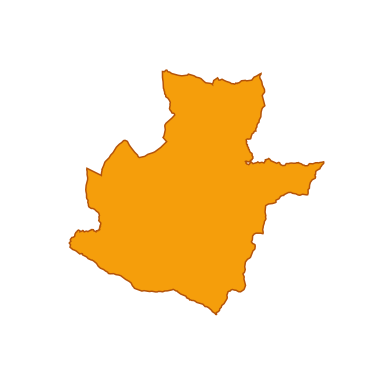 Labranza Grande, Boyacá, Colombia, rotated 69°
{"feature_id": "7082276B6465404619249", "entity_name": "Labranza Grande", "entity_type": "district", "adm_level": 2, "iso_a3": "COL", "parent_name": "Colombia", "parent_adm1": "Boyacá", "projection": "mercator", "projection_center": [-72.59, 5.546], "detail": "fine", "context": "isolated", "style": "filled", "palette": "amber", "viewbox_px": 384, "rotation_deg": 69, "n_neighbors": 0, "source": "geoboundaries", "source_scale": "gbopen_adm2", "svg_char_len": 6046}
<svg xmlns="http://www.w3.org/2000/svg" viewBox="0 0 384 384"><g transform="rotate(69 192 192)"><path d="M256.3,140.6L255.1,140.0L252.4,139.5L250.6,138.3L249.2,137.6L247.2,135.9L245.4,134.9L244.1,133.1L243.5,132.6L241.5,132.3L240.7,131.6L236.9,131.0L231.1,128.1L230.6,124.8L231.6,121.0L231.8,118.2L231.6,117.2L229.9,116.7L229.7,116.3L229.5,113.3L227.8,110.9L227.6,109.1L228.1,107.6L227.5,106.9L227.0,102.3L227.8,99.8L229.3,98.5L231.0,95.6L232.6,94.2L233.3,93.2L233.7,92.3L233.7,89.6L235.7,86.1L236.0,85.0L234.7,84.0L231.4,82.8L230.6,81.1L227.6,79.7L225.4,78.0L223.7,75.4L223.3,72.1L222.2,71.2L221.6,71.4L220.0,71.0L219.8,70.3L217.1,69.1L216.5,67.3L216.1,64.2L215.0,63.3L214.3,62.0L213.4,60.9L212.6,59.0L212.0,58.5L211.0,58.3L210.8,59.9L210.3,62.0L210.2,63.5L209.6,64.4L209.0,66.2L209.0,69.1L207.7,71.9L207.8,72.7L208.7,74.1L208.8,74.9L208.0,77.1L207.0,77.8L206.6,78.7L204.7,80.0L203.8,81.3L202.7,82.1L202.9,82.7L202.5,83.0L202.2,84.1L202.3,84.8L201.7,86.6L200.6,88.8L200.2,90.2L200.2,91.3L199.2,93.8L200.5,95.7L199.8,98.0L198.0,99.6L196.3,99.7L195.6,100.2L195.4,100.8L195.6,102.6L191.9,106.3L191.4,107.0L189.7,107.5L188.2,108.3L188.5,109.3L188.2,112.0L188.5,112.2L189.3,112.1L189.6,113.1L190.5,113.9L190.7,114.4L189.3,116.1L189.0,118.6L187.5,119.8L187.8,120.8L187.4,124.9L185.2,126.0L185.3,126.6L186.7,128.8L186.8,129.3L186.2,129.8L185.7,130.6L184.6,131.2L183.0,130.8L182.6,131.0L182.6,130.4L182.9,129.9L183.4,130.0L183.6,129.8L183.7,129.0L184.2,128.2L184.3,127.3L184.2,126.8L183.5,126.2L183.7,125.6L183.2,124.9L183.3,124.3L182.4,123.6L182.2,122.9L181.4,122.8L180.8,122.5L179.6,122.9L179.2,122.6L177.6,122.2L176.7,122.7L176.1,123.3L173.9,123.6L172.9,123.4L172.1,123.8L171.7,123.6L171.3,123.7L170.9,123.4L168.8,123.9L168.2,123.5L167.7,123.6L167.5,123.4L167.1,123.9L165.5,123.6L164.7,122.9L164.2,123.1L162.5,122.6L162.4,121.0L163.0,120.1L163.3,118.3L162.7,117.9L162.6,117.5L161.8,117.2L159.2,115.0L158.8,113.2L157.9,112.4L157.7,111.8L157.6,111.3L158.0,110.6L155.8,109.8L154.5,108.1L153.3,107.7L152.3,106.9L151.3,105.7L151.0,104.6L148.8,103.4L146.5,100.8L142.1,98.8L139.4,96.8L138.5,95.6L137.6,93.1L127.2,91.9L126.2,90.8L125.0,88.7L124.2,88.2L122.1,87.6L117.5,88.0L114.2,87.4L112.8,87.4L110.3,87.8L109.1,87.6L107.9,87.1L106.9,85.5L106.1,85.1L106.2,86.7L106.9,90.3L107.0,92.9L109.0,96.2L107.8,101.2L106.9,102.2L105.9,105.9L106.9,108.9L106.6,110.2L106.9,111.1L106.1,111.8L106.0,112.2L106.5,113.0L106.5,113.9L105.9,114.3L104.9,116.4L103.4,117.4L100.9,120.5L98.8,122.5L97.6,123.4L97.4,124.3L97.6,125.3L97.3,126.7L94.6,127.2L95.7,131.8L97.5,133.0L98.4,134.3L98.9,134.4L98.1,134.8L97.2,135.9L95.0,140.0L93.4,141.0L89.3,143.0L87.8,144.6L86.2,147.1L85.9,147.1L84.2,148.5L82.9,150.2L80.6,153.2L81.3,154.3L79.9,159.9L78.2,162.9L74.1,168.5L72.0,169.9L71.3,171.2L70.6,171.6L69.4,171.7L69.0,172.3L69.0,173.1L69.8,174.5L68.9,176.4L74.5,178.5L78.9,179.5L84.9,181.5L86.1,181.4L87.2,181.7L88.7,181.7L90.6,182.3L92.1,181.8L93.4,182.3L93.9,182.2L95.7,180.9L98.1,180.3L100.1,180.1L100.8,180.2L102.0,181.1L103.1,181.3L106.2,183.2L108.2,183.0L109.4,182.4L110.3,182.5L111.2,182.3L111.8,181.0L112.3,180.6L113.0,180.4L114.0,180.6L115.8,184.3L118.5,191.6L119.8,193.3L120.8,193.8L124.3,194.6L128.9,197.6L130.0,198.5L130.7,199.5L135.9,197.6L139.2,205.2L141.2,212.4L141.3,214.5L141.0,219.7L141.8,223.3L141.0,228.7L140.7,229.1L139.4,229.7L138.1,229.6L134.3,231.3L128.4,233.1L125.6,233.8L121.6,234.2L120.0,235.7L119.5,236.9L119.7,237.9L120.6,239.8L121.3,242.6L122.2,244.7L123.1,246.6L126.9,251.5L128.5,254.8L130.3,257.0L132.5,262.0L133.1,262.8L135.8,265.1L138.7,268.0L139.0,267.9L142.2,269.9L144.1,270.7L132.2,281.6L133.3,282.2L135.5,282.6L138.1,283.7L141.4,284.3L143.2,285.1L147.8,288.4L151.7,290.3L153.4,290.8L156.1,291.2L159.6,292.5L160.8,292.5L162.5,292.0L164.3,293.0L166.1,293.1L167.8,293.6L169.1,293.5L171.2,292.0L171.9,290.4L173.2,289.2L175.8,288.0L177.1,287.1L178.5,286.6L180.8,286.8L181.8,287.8L183.9,288.3L185.2,289.3L186.7,288.9L187.8,288.3L188.8,288.5L189.3,288.7L190.1,289.6L190.9,289.6L191.0,290.3L192.1,290.6L192.6,291.4L193.9,291.6L194.2,291.9L193.9,293.0L194.5,293.9L194.0,294.9L194.8,295.9L194.0,296.4L193.4,297.4L191.9,297.6L191.6,298.0L191.0,299.6L191.5,300.3L191.3,301.2L191.7,303.2L191.5,303.7L191.0,304.0L190.6,304.9L190.6,306.8L190.2,307.2L189.2,307.4L188.8,307.7L189.1,309.3L188.9,310.9L188.2,310.5L186.9,311.5L187.0,312.7L187.8,313.7L188.1,314.8L189.4,316.3L191.4,317.5L191.7,319.2L191.4,320.4L192.6,322.4L193.1,322.8L194.6,322.7L195.3,324.5L195.7,324.9L197.7,324.3L199.8,325.7L202.9,324.0L204.4,322.3L205.7,321.2L209.6,319.0L209.8,317.3L210.3,316.5L210.9,316.8L211.6,316.6L214.9,313.6L217.0,312.8L219.4,310.4L219.9,309.5L221.4,308.4L224.5,306.7L227.8,306.1L230.3,304.8L232.7,302.3L234.8,301.0L236.6,299.5L238.1,299.2L239.0,297.8L240.2,294.3L241.9,292.6L243.1,290.4L244.6,288.5L249.8,285.3L252.9,282.7L254.6,281.7L255.3,281.4L258.1,281.2L260.4,280.4L261.1,280.3L261.7,279.8L266.5,274.3L266.9,272.1L269.7,267.3L270.2,265.1L272.3,261.7L272.8,260.4L272.8,258.9L273.6,257.0L274.6,255.3L274.7,254.1L274.6,253.0L275.5,250.3L276.2,245.7L276.1,244.7L276.3,244.2L278.7,242.3L279.2,241.3L280.1,241.1L283.2,239.1L287.0,235.1L288.0,234.8L288.7,235.0L289.3,234.5L289.5,234.1L289.9,234.0L290.4,233.2L292.0,232.8L292.1,232.0L293.0,231.3L294.0,229.2L294.9,228.3L296.8,227.1L300.6,222.1L303.7,220.8L304.3,219.3L305.9,218.0L309.5,216.1L310.9,215.9L313.7,213.9L314.7,213.8L315.1,213.3L315.1,213.0L313.3,212.4L313.1,210.2L312.7,209.4L312.2,208.6L311.0,208.0L310.1,206.0L308.6,204.9L307.7,202.1L304.1,197.5L302.9,196.8L300.6,196.4L299.7,195.4L298.1,194.2L297.9,193.3L298.1,191.7L297.4,190.5L297.5,189.2L298.8,187.5L299.5,186.1L301.8,184.2L302.6,182.4L301.8,178.8L301.3,178.0L298.4,175.5L291.8,174.7L290.0,173.7L286.9,173.8L286.3,173.4L286.1,172.4L285.6,171.7L283.5,170.1L280.7,169.6L276.5,167.2L274.7,164.3L274.3,161.8L273.8,160.7L268.8,156.2L267.9,154.0L267.5,153.6L265.2,152.4L263.9,152.1L263.3,152.4L261.7,153.9L259.8,154.4L258.3,152.8L254.7,151.1L253.5,148.9L253.4,146.9L255.1,142.5L256.1,141.2L256.3,140.6Z" fill="#f59e0b" stroke="#b45309" stroke-width="1.5"/></g></svg>